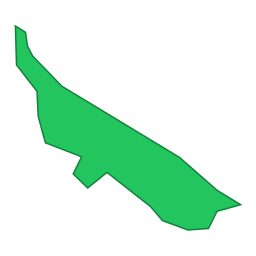 Rojas, Robinson projection
{"feature_id": "LVA-5722", "entity_name": "Rojas", "entity_type": "Municipality", "adm_level": 1, "iso_a3": "LVA", "parent_name": "Latvia", "parent_adm1": "", "projection": "robinson", "projection_center": [22.732, 57.524], "detail": "fine", "context": "isolated", "style": "filled", "palette": "green", "viewbox_px": 256, "rotation_deg": 0, "n_neighbors": 0, "source": "natural_earth", "source_scale": "10m", "svg_char_len": 375}
<svg xmlns="http://www.w3.org/2000/svg" viewBox="0 0 256 256"><path d="M25.5,32.3L27.5,46.0L32.6,56.0L61.8,86.2L179.5,157.4L217.2,190.4L240.6,204.7L217.0,211.3L208.5,228.5L188.0,230.0L162.6,220.7L150.5,206.6L107.0,172.4L87.7,188.0L73.2,173.9L81.6,156.8L45.4,142.8L38.2,116.3L37.0,91.4L16.5,64.9L15.4,26.0L25.5,32.3Z" fill="#22c55e" stroke="#15803d" stroke-width="1.5"/></svg>